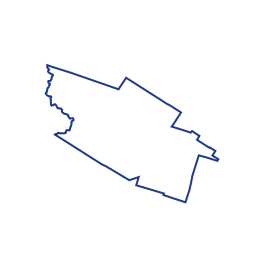 the district of Navarro, Buenos Aires, Argentina, rotated 64°
{"feature_id": "61730980B73651998783154", "entity_name": "Navarro", "entity_type": "district", "adm_level": 2, "iso_a3": "ARG", "parent_name": "Argentina", "parent_adm1": "Buenos Aires", "projection": "mercator", "projection_center": [-59.615, -35.025], "detail": "fine", "context": "isolated", "style": "outline", "palette": "blue", "viewbox_px": 256, "rotation_deg": 64, "n_neighbors": 0, "source": "geoboundaries", "source_scale": "gbopen_adm2", "svg_char_len": 4992}
<svg xmlns="http://www.w3.org/2000/svg" viewBox="0 0 256 256"><g transform="rotate(64 128 128)"><path d="M123.3,82.5L120.8,84.0L116.0,86.9L82.0,107.7L82.6,108.6L89.1,119.6L88.4,120.2L65.8,142.7L65.1,143.4L53.7,154.7L39.1,170.1L36.1,173.1L36.3,173.2L36.6,173.3L36.9,173.3L37.3,173.4L37.6,173.5L37.8,173.8L38.0,174.0L38.3,174.0L38.6,173.9L38.9,174.0L39.2,173.9L39.6,173.8L39.8,173.6L40.2,173.4L40.4,173.3L40.7,173.3L41.1,173.5L41.3,173.8L41.5,174.2L41.6,174.6L41.9,174.9L42.3,175.1L42.7,175.1L43.4,174.9L43.6,174.8L43.9,174.6L44.2,174.4L44.4,174.3L44.7,174.1L44.9,173.9L45.2,173.7L45.6,173.6L45.9,173.4L46.1,173.1L46.4,172.9L46.7,172.5L46.9,172.3L47.3,172.2L47.5,172.2L47.8,172.3L47.9,172.5L48.1,172.8L48.2,173.0L48.3,173.4L48.5,173.7L48.6,174.1L48.9,174.4L49.2,174.6L49.6,174.7L50.1,174.8L50.3,175.0L50.4,175.4L50.5,175.7L50.7,176.0L51.1,176.2L51.3,176.4L51.5,176.7L51.6,177.0L51.6,177.3L51.6,177.6L51.4,177.9L51.2,178.2L51.1,178.4L50.9,178.7L50.9,179.1L51.1,179.2L51.4,179.3L51.8,179.4L52.3,179.6L52.5,179.6L52.8,179.6L53.0,179.5L53.4,179.4L53.6,179.2L53.8,178.9L54.0,178.8L54.3,178.8L54.5,179.0L54.8,179.2L54.9,179.6L55.1,179.8L55.2,180.1L55.4,180.3L55.5,180.5L55.7,180.8L56.0,181.1L56.3,181.3L56.6,181.6L56.6,181.8L56.7,182.1L56.8,182.4L56.9,182.7L57.0,183.0L57.3,183.3L57.6,183.4L57.9,183.5L58.2,183.6L58.4,183.8L58.5,184.0L58.7,184.3L58.9,184.6L59.3,184.8L59.7,185.0L60.0,185.1L60.2,185.3L60.3,185.6L60.3,186.0L60.5,186.3L60.6,186.6L60.8,186.8L61.2,186.8L61.5,186.8L61.9,186.7L62.3,186.5L62.6,186.5L63.1,186.4L63.3,186.3L63.5,186.1L63.8,185.9L64.2,185.7L64.5,185.5L64.7,185.4L64.9,185.1L65.0,184.9L65.1,184.6L65.2,184.4L65.4,184.0L65.6,183.7L65.8,183.5L66.0,183.4L66.3,183.3L66.5,183.4L66.7,183.6L66.7,183.9L66.8,184.2L67.0,184.5L67.3,184.7L67.7,184.8L68.1,184.8L68.3,184.9L68.8,184.9L69.1,185.0L69.3,185.1L69.5,185.3L69.9,185.6L70.1,185.7L70.4,185.8L70.7,186.0L70.9,186.1L71.2,186.1L71.4,186.2L71.6,186.3L72.1,186.4L72.3,186.4L72.5,186.5L72.8,186.7L73.0,186.9L73.3,187.0L73.5,187.0L73.8,186.9L74.0,186.9L74.1,186.7L74.3,186.7L74.3,186.4L74.3,186.2L74.3,185.9L74.5,185.7L74.7,185.3L74.7,185.0L74.7,184.8L74.7,184.6L74.7,184.4L74.6,184.2L74.4,183.8L74.5,183.6L74.5,183.4L74.7,183.2L74.8,183.1L75.1,183.0L75.4,182.9L75.6,182.8L75.9,182.7L76.2,182.7L76.4,182.6L76.8,182.6L77.0,182.6L77.4,182.6L77.7,182.7L78.0,182.6L78.4,182.5L78.6,182.6L78.9,182.6L79.1,182.6L79.3,182.5L79.5,182.4L79.7,182.2L79.8,182.0L79.9,181.8L79.9,181.6L79.9,181.4L80.0,181.2L80.3,180.9L80.5,180.8L80.6,180.7L80.8,180.6L80.9,180.4L80.9,180.2L81.0,180.0L81.1,179.8L81.2,179.7L81.4,179.6L81.7,179.5L82.1,179.5L82.5,179.4L83.0,179.3L83.2,179.5L83.5,179.7L83.7,179.9L83.9,180.0L84.4,180.2L84.7,180.1L85.0,180.1L85.5,180.1L85.8,179.9L86.0,179.6L86.4,179.4L86.6,179.3L86.9,179.2L87.2,179.1L87.4,178.9L87.6,178.7L87.7,178.4L87.8,178.1L88.0,177.9L88.4,177.6L88.6,177.4L88.9,177.1L89.0,176.9L89.3,176.6L89.7,176.3L89.9,176.2L90.0,176.2L90.2,176.3L90.3,176.3L90.4,176.5L90.7,176.6L91.0,176.6L91.4,176.4L91.5,176.4L91.8,176.5L92.0,176.4L92.3,176.2L92.5,176.2L92.7,176.3L93.0,176.4L93.3,176.4L93.7,176.3L93.9,176.2L94.1,175.9L94.2,175.7L94.3,175.4L94.4,175.2L94.4,174.8L94.5,174.6L94.6,174.3L94.6,174.0L94.7,173.7L94.8,173.5L94.9,173.3L95.1,173.2L95.4,173.2L95.6,173.2L95.8,173.2L96.1,173.3L96.3,173.3L96.7,173.4L96.9,173.4L97.1,173.7L97.3,174.1L97.3,174.4L97.2,174.7L97.2,175.1L97.3,175.5L97.5,176.0L97.8,176.2L98.0,176.3L98.3,176.3L98.5,176.4L98.8,176.5L99.0,176.6L99.3,176.8L99.6,177.0L99.9,177.3L100.2,177.5L100.4,177.6L100.7,177.9L101.0,178.1L101.2,178.3L101.3,178.5L101.5,178.8L101.7,179.0L101.8,179.2L102.0,179.4L102.2,179.5L102.3,179.7L102.5,179.9L102.6,180.0L102.8,180.3L103.1,180.4L103.3,180.5L103.5,180.7L103.7,180.8L103.9,180.9L104.2,181.1L104.4,181.4L104.4,181.6L104.4,181.9L104.2,182.1L104.0,182.3L104.0,182.5L103.7,182.8L103.6,183.0L103.5,183.3L103.3,183.6L103.2,183.8L103.1,184.1L103.2,184.4L103.3,184.7L103.5,184.9L103.7,185.1L103.8,185.2L104.0,185.3L104.2,185.5L104.4,185.7L104.7,185.8L104.9,186.0L105.1,186.2L105.1,186.5L105.0,187.0L104.8,187.2L104.8,187.5L104.7,187.6L104.7,187.8L104.7,188.1L104.5,188.5L104.3,188.8L104.1,189.1L103.9,189.4L103.6,189.7L103.5,190.1L103.4,190.5L103.3,190.9L103.1,191.3L103.0,191.5L102.8,191.8L102.6,192.0L102.2,192.2L102.1,192.5L101.9,192.6L101.7,192.9L101.7,193.1L101.9,193.3L102.1,193.5L102.2,193.8L102.2,194.1L102.2,194.4L102.0,194.7L101.8,195.1L101.7,195.3L101.7,195.5L101.8,195.9L101.9,196.1L102.0,196.3L102.0,196.5L118.5,186.3L149.3,167.4L152.9,164.5L175.5,149.7L176.8,139.9L183.1,145.7L189.6,138.6L195.9,131.7L202.7,124.4L203.9,125.5L206.8,122.4L210.3,118.9L219.9,109.0L218.9,108.0L218.9,107.9L211.0,100.3L208.9,98.6L205.2,95.6L199.2,91.1L192.2,84.5L183.6,76.3L185.8,73.9L186.8,72.7L188.6,70.6L193.5,65.5L196.7,62.1L195.6,60.5L189.8,64.2L186.9,59.5L181.0,63.3L181.2,63.7L171.2,69.8L168.9,71.1L166.4,67.3L158.8,71.8L159.7,73.6L155.2,78.2L145.9,88.1L144.7,85.8L142.1,81.5L137.3,73.5L131.3,77.2L125.2,80.9L123.3,82.5Z" fill="none" stroke="#1e3a8a" stroke-width="2"/></g></svg>